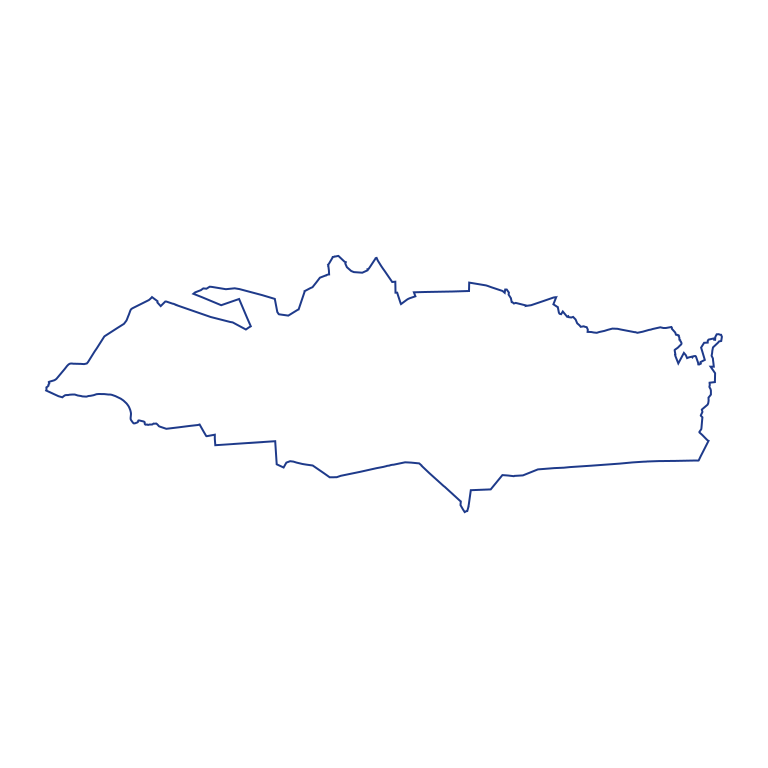 the district of Bebru pag., Kokneses, Latvia
{"feature_id": "27541924B18398292435736", "entity_name": "Bebru pag.", "entity_type": "district", "adm_level": 2, "iso_a3": "LVA", "parent_name": "Latvia", "parent_adm1": "Kokneses", "projection": "mercator", "projection_center": [25.446, 56.734], "detail": "fine", "context": "isolated", "style": "outline", "palette": "blue", "viewbox_px": 768, "rotation_deg": 0, "n_neighbors": 0, "source": "geoboundaries", "source_scale": "gbopen_adm2", "svg_char_len": 6025}
<svg xmlns="http://www.w3.org/2000/svg" viewBox="0 0 768 768"><path d="M671.4,327.0L665.9,328.0L663.4,328.0L660.3,327.3L652.7,329.0L650.8,329.6L649.0,329.9L642.7,331.7L637.4,332.8L635.1,332.1L634.8,332.2L620.7,329.5L617.5,328.8L612.4,328.6L607.9,329.8L604.4,330.9L599.3,332.0L596.8,332.8L593.8,332.5L591.2,332.0L587.6,331.9L587.8,329.6L586.7,327.2L584.6,326.7L583.8,326.3L580.7,326.8L579.6,325.4L577.2,323.3L575.6,319.5L573.1,316.9L571.3,317.5L568.4,317.1L568.2,316.2L567.1,316.7L562.8,311.5L561.1,314.2L559.6,313.8L558.9,312.7L557.8,307.1L557.5,307.0L553.4,304.3L556.1,297.4L555.8,297.5L555.8,297.3L555.6,297.2L553.6,297.5L543.5,301.0L531.1,305.2L526.9,305.8L527.0,305.7L515.7,302.9L513.9,303.5L512.3,302.1L511.7,302.1L510.9,298.2L508.6,294.6L508.9,292.6L506.7,289.5L505.2,289.5L504.7,292.8L502.6,291.0L491.8,287.4L487.6,285.9L486.0,285.4L469.2,282.6L469.0,291.0L452.6,291.5L425.0,292.0L413.9,292.3L415.4,296.3L409.8,298.2L408.2,298.9L406.9,299.7L401.0,304.1L400.7,303.5L398.0,295.3L397.2,292.7L395.5,292.7L395.4,286.1L395.3,281.7L392.2,282.0L384.8,271.2L383.0,268.7L381.3,266.2L377.8,260.6L376.6,257.9L375.9,258.1L375.6,258.2L375.4,258.7L370.0,266.9L368.6,268.9L368.2,269.1L367.5,269.2L367.6,270.3L362.3,272.7L353.9,272.1L351.2,271.0L346.9,267.2L345.3,263.6L345.8,262.2L345.1,262.0L344.3,261.5L344.0,261.2L338.5,256.0L338.3,255.9L335.5,256.5L334.9,256.4L334.5,256.7L332.7,257.0L332.5,257.4L332.5,257.7L328.9,263.8L328.0,264.8L328.4,265.6L328.2,266.2L328.4,266.4L328.9,270.4L329.1,274.4L328.6,274.4L326.3,275.1L325.9,275.6L325.3,275.6L319.9,277.7L316.4,282.3L312.5,287.2L310.4,288.1L304.5,291.2L304.6,291.7L298.6,309.5L297.9,309.7L288.3,315.6L279.0,314.3L278.7,314.1L277.3,312.0L274.8,298.9L262.1,295.1L239.5,289.1L234.7,288.3L225.9,289.2L211.8,286.9L209.7,286.7L206.5,288.7L203.3,288.4L200.8,290.2L199.7,290.6L195.1,292.4L193.4,293.8L202.0,297.2L221.2,305.2L239.1,299.0L247.2,318.1L250.8,326.3L248.6,327.6L245.9,329.5L232.7,322.4L230.3,322.0L210.7,317.0L176.4,305.1L176.5,305.0L173.5,303.8L172.7,303.7L166.2,301.5L165.3,301.5L160.7,306.1L157.4,302.5L157.5,301.2L152.0,297.1L151.7,297.5L149.6,299.5L148.8,300.1L132.6,308.2L131.5,308.9L131.1,309.3L130.8,309.7L130.4,310.4L128.8,314.8L128.2,316.2L127.2,318.8L126.5,320.5L124.0,323.8L123.4,324.2L117.2,328.1L104.8,336.1L104.4,336.4L104.1,336.8L96.8,348.3L94.6,351.5L92.3,355.2L88.0,362.1L86.8,363.5L84.0,364.1L81.0,363.9L73.2,363.7L71.7,363.5L71.2,363.5L69.9,363.7L68.6,364.4L67.1,365.9L64.7,369.0L56.4,378.9L55.3,379.7L54.2,380.3L49.1,381.8L48.8,382.0L48.9,382.5L49.2,383.1L49.3,383.6L48.6,384.3L48.5,384.5L48.4,384.9L48.5,385.7L48.4,385.8L48.0,386.1L47.5,386.7L47.1,386.9L46.4,387.4L46.4,387.9L46.5,389.0L46.5,389.6L46.1,390.5L58.5,396.2L62.4,397.3L63.5,396.3L65.2,395.2L67.2,395.0L67.8,395.1L69.7,394.7L72.9,394.5L74.7,394.5L77.8,395.5L81.0,396.0L82.3,396.4L86.0,396.6L86.6,396.6L88.5,396.0L90.6,395.8L93.6,395.2L96.5,394.2L98.7,394.0L104.5,394.1L108.1,394.5L109.9,394.5L111.7,394.8L115.4,396.1L120.8,398.7L123.4,400.5L124.7,401.7L126.6,403.5L128.1,405.5L128.9,406.8L129.6,408.4L130.3,410.2L130.7,411.8L130.9,412.8L131.0,413.9L130.9,415.1L130.6,418.1L130.7,419.3L131.2,420.3L131.8,421.1L132.8,422.5L133.6,423.3L134.0,423.4L135.0,423.3L137.4,422.4L137.9,422.0L138.3,420.6L138.8,420.4L139.0,420.4L143.7,421.5L144.5,422.0L144.7,422.5L144.7,423.5L144.8,424.0L145.1,424.4L145.6,424.7L146.1,424.7L147.0,424.5L148.0,424.9L148.7,424.8L149.5,424.5L151.7,424.5L152.5,424.4L153.2,423.8L153.5,423.6L155.0,423.7L156.1,423.5L156.9,424.0L158.1,425.2L158.8,426.1L159.1,426.3L160.1,426.7L166.3,428.8L178.9,427.3L189.9,425.9L198.0,425.0L199.6,424.5L203.5,431.4L206.2,436.0L206.7,436.2L214.8,434.7L214.8,438.8L215.3,445.2L275.2,441.2L276.7,464.3L283.6,467.5L285.4,464.3L286.4,462.6L290.1,461.2L293.4,461.6L296.6,462.6L302.5,464.0L306.2,464.6L312.7,465.5L324.2,473.4L329.7,477.3L336.7,477.2L340.8,475.8L360.3,471.8L376.4,468.2L383.3,466.9L386.5,466.1L386.9,465.9L389.7,465.5L390.2,465.2L392.2,464.8L393.6,464.7L405.1,462.3L411.0,462.6L419.2,463.4L421.6,465.5L421.6,465.8L429.2,473.0L443.6,486.0L444.7,486.8L460.2,501.0L460.8,501.4L460.5,505.1L462.9,509.3L464.7,512.1L467.0,510.8L467.3,510.9L468.4,507.0L468.5,506.8L468.4,506.7L468.8,504.5L470.8,490.2L490.7,489.4L502.4,475.1L507.9,475.5L513.9,476.2L514.4,475.9L522.9,475.4L537.9,469.4L554.4,468.1L563.8,467.7L569.8,467.1L591.1,465.7L619.8,463.6L632.7,462.4L643.5,461.7L646.4,461.6L646.9,461.5L658.2,461.1L676.0,460.9L696.1,460.5L698.2,460.6L698.7,460.4L700.8,456.0L702.2,453.3L708.5,440.9L708.2,440.8L706.9,439.7L702.2,434.9L699.5,432.5L699.4,432.3L699.4,432.1L699.4,431.9L701.3,429.1L701.5,427.5L702.2,419.3L702.4,417.6L702.4,417.3L700.8,415.6L700.8,415.4L702.4,412.0L702.4,411.7L701.8,409.7L702.0,409.4L707.2,405.0L707.7,404.5L707.9,403.9L708.2,403.3L708.6,400.7L708.5,397.6L709.9,395.9L710.9,394.6L710.9,393.3L710.9,392.6L710.9,390.6L710.5,389.0L709.8,387.8L709.4,386.9L709.5,386.3L709.5,386.1L709.8,385.1L709.7,384.2L709.6,383.4L709.6,382.7L714.9,382.1L715.1,373.2L710.6,366.7L713.8,366.7L713.4,363.0L713.0,359.9L712.9,358.4L711.6,355.8L712.0,353.7L712.2,352.3L712.3,350.9L713.0,347.4L717.9,342.8L719.1,341.4L721.2,341.0L721.9,336.8L721.1,334.8L720.3,334.8L718.7,334.2L716.7,334.3L715.3,337.0L715.1,339.8L714.1,339.7L714.0,338.4L708.6,339.6L707.8,340.6L707.7,342.6L704.1,342.8L701.1,347.6L702.3,351.5L704.8,359.9L700.5,362.1L700.4,362.3L700.8,363.6L699.1,364.5L698.3,364.4L698.2,363.4L698.0,362.5L696.0,356.7L695.7,356.3L695.5,356.1L695.2,356.0L693.1,356.3L692.4,357.4L691.7,356.7L688.8,357.4L687.1,358.1L685.9,355.3L683.9,352.9L678.3,363.4L675.3,355.8L675.4,354.9L675.0,354.6L675.0,354.4L675.3,354.0L674.7,350.6L674.7,350.0L675.1,349.6L677.8,347.7L680.2,345.3L681.1,344.5L681.4,344.0L681.5,343.5L681.4,342.8L680.9,341.7L680.5,341.3L680.3,340.9L680.3,340.6L680.2,340.1L679.4,339.7L679.4,338.6L679.3,337.3L679.0,336.8L678.6,336.2L678.8,335.5L678.4,335.2L677.9,335.1L677.2,334.8L676.2,334.9L675.7,334.1L675.6,333.6L675.2,332.5L673.5,330.6L672.5,329.5L671.9,328.8L671.9,327.8L671.4,327.0Z" fill="none" stroke="#1e3a8a" stroke-width="2"/></svg>